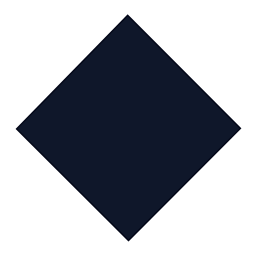 King, Texas, United States of America, rotated 225°
{"feature_id": "52423323B16867264390271", "entity_name": "King", "entity_type": "district", "adm_level": 2, "iso_a3": "USA", "parent_name": "United States of America", "parent_adm1": "Texas", "projection": "robinson", "projection_center": [-100.265, 33.617], "detail": "fine", "context": "isolated", "style": "filled", "palette": "ink", "viewbox_px": 256, "rotation_deg": 225, "n_neighbors": 0, "source": "geoboundaries", "source_scale": "gbopen_adm2", "svg_char_len": 237}
<svg xmlns="http://www.w3.org/2000/svg" viewBox="0 0 256 256"><g transform="rotate(225 128 128)"><path d="M48.3,207.2L207.9,207.4L206.1,48.6L190.4,48.6L48.1,48.8L48.3,207.2Z" fill="#0f172a" stroke="#020617" stroke-width="1.5"/></g></svg>